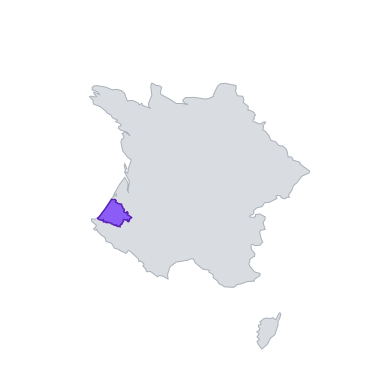 Landes highlighted on a map of France, rotated 24°
{"feature_id": "FRA-5313", "entity_name": "Landes", "entity_type": "Metropolitan department", "adm_level": 1, "iso_a3": "FRA", "parent_name": "France", "parent_adm1": "", "projection": "equal_earth", "projection_center": [-0.514, 44.01], "detail": "fine", "context": "in_parent", "style": "filled", "palette": "violet", "viewbox_px": 384, "rotation_deg": 24, "n_neighbors": 0, "source": "natural_earth", "source_scale": "10m", "svg_char_len": 5576}
<svg xmlns="http://www.w3.org/2000/svg" viewBox="0 0 384 384"><g transform="rotate(24 192 192)"><path d="M283.1,157.1L281.0,158.2L279.7,160.3L278.4,160.8L275.8,160.8L274.5,159.5L271.5,160.4L270.3,161.7L272.2,163.4L266.4,170.4L262.7,172.2L262.0,176.8L257.6,180.2L256.0,183.8L255.9,184.5L257.1,185.7L256.7,188.1L254.4,189.6L254.5,191.1L255.2,191.3L258.7,190.1L260.0,188.7L259.2,186.8L262.7,184.5L269.1,185.0L269.9,188.2L269.2,190.8L274.0,196.5L270.2,199.1L270.0,200.9L274.3,206.6L277.0,209.0L275.8,212.9L271.5,215.4L268.7,215.2L267.6,215.8L267.7,217.0L269.8,220.5L274.6,222.8L275.4,225.5L274.2,226.4L272.2,230.4L273.2,232.4L272.9,233.3L273.4,234.7L274.7,236.0L281.4,239.5L287.3,238.8L288.1,240.8L284.7,246.1L285.0,248.5L283.2,248.5L282.9,249.4L279.3,251.1L273.6,256.5L270.9,258.1L269.9,260.8L268.3,262.4L259.9,265.5L258.2,264.8L254.1,264.9L251.4,262.9L246.4,261.7L244.7,258.8L240.0,258.3L239.7,256.4L233.2,258.1L224.0,255.5L220.7,252.7L218.1,253.5L215.8,256.0L206.1,262.5L202.3,269.3L203.2,277.3L205.5,281.3L199.5,280.6L195.9,281.8L195.0,283.5L186.4,281.5L183.3,283.2L182.4,283.0L181.3,281.4L177.1,279.5L177.7,278.2L177.1,277.0L173.2,276.0L171.8,277.2L170.3,274.9L159.2,271.2L157.5,271.3L156.8,274.9L149.7,274.8L148.6,274.2L144.1,274.9L139.2,271.5L133.8,272.2L130.5,268.7L127.3,268.5L122.7,266.7L120.6,265.8L120.4,264.8L119.0,266.3L117.3,266.0L117.0,265.5L118.1,263.6L118.3,261.4L112.6,259.7L111.2,258.1L111.1,257.3L114.2,256.5L117.0,253.5L119.6,242.3L121.5,229.3L122.9,226.8L124.7,226.1L123.3,224.3L121.6,226.7L122.6,214.8L124.7,205.9L129.4,209.5L130.5,211.1L131.9,216.4L134.5,218.6L132.8,216.5L131.1,209.4L130.0,207.4L122.6,201.5L122.3,200.2L125.6,200.9L124.3,196.5L123.5,187.3L119.0,186.4L111.8,182.5L106.9,175.5L106.3,172.9L107.7,170.1L106.5,168.4L104.4,167.2L106.1,164.8L107.5,164.6L112.7,165.9L108.5,163.7L101.6,164.5L98.9,163.7L98.4,162.0L100.3,159.9L98.0,158.6L94.1,158.9L93.6,158.4L94.8,156.9L93.8,156.3L90.6,156.9L88.8,156.4L87.1,154.7L81.9,154.3L80.7,153.3L73.6,151.4L66.1,151.7L64.1,148.3L59.6,146.7L60.5,145.6L65.1,144.6L66.0,143.6L62.7,142.2L61.6,140.8L67.7,140.5L65.0,139.0L59.1,139.2L58.3,137.1L59.1,135.1L62.6,133.2L71.2,131.2L77.4,131.1L81.8,128.7L86.2,128.1L90.3,129.3L95.8,135.1L100.3,132.5L106.9,132.6L108.3,134.1L110.0,131.4L111.5,133.0L119.6,132.4L117.7,131.4L116.2,128.9L115.9,119.8L111.9,113.2L110.9,110.8L111.1,108.8L115.9,109.1L119.9,108.2L121.8,108.8L122.3,113.1L124.0,115.5L135.0,116.3L141.5,117.6L146.8,115.2L151.9,114.1L152.3,113.6L149.4,113.8L146.7,112.8L146.3,111.7L147.7,108.3L155.4,104.7L166.6,101.6L169.4,99.6L172.7,95.8L172.0,94.9L172.3,84.8L173.9,81.6L178.1,79.2L188.9,76.8L190.4,80.0L190.3,81.8L193.3,84.6L194.7,85.5L199.4,83.9L201.8,86.6L202.5,89.5L208.3,90.7L210.0,94.6L211.1,93.8L214.7,93.9L216.4,94.3L218.7,96.0L218.1,98.3L219.1,99.4L218.2,101.6L218.9,102.5L225.5,102.5L227.5,101.5L228.3,99.4L230.3,98.1L231.0,98.5L229.9,102.5L230.9,103.5L231.4,106.4L233.9,106.6L238.9,108.9L243.1,112.7L248.2,112.1L252.2,114.2L256.3,113.1L260.2,114.3L261.7,115.4L265.5,120.7L268.3,119.7L270.3,120.3L271.0,121.8L278.4,120.9L279.8,122.5L281.4,123.0L290.9,125.0L291.1,127.1L286.0,132.8L284.0,141.1L282.5,143.9L282.0,146.1L282.5,147.5L282.4,149.8L281.5,155.2L282.2,156.8L283.1,157.1ZM323.5,272.0L323.2,275.6L324.7,278.3L325.7,288.7L323.1,293.7L322.9,299.9L319.7,307.2L314.0,303.9L312.2,302.1L313.6,299.3L310.3,297.8L311.0,295.1L310.6,293.8L308.3,293.6L308.1,292.9L309.7,290.8L309.6,289.5L307.4,287.9L306.9,286.5L308.9,284.9L307.9,283.4L306.8,283.1L309.3,278.3L311.2,276.9L315.4,275.6L317.1,273.8L320.0,274.8L320.4,274.3L321.0,266.8L322.0,266.7L322.9,267.7L323.5,272.0ZM122.9,197.0L122.3,199.1L119.4,195.5L119.1,193.5L122.9,197.0Z" fill="#d9dde1" stroke="#a8b0b8" stroke-width="1"/><path d="M116.4,254.1L116.6,253.8L117.1,253.1L117.2,252.3L117.7,250.9L118.5,246.9L118.9,245.5L119.6,242.4L120.8,235.5L121.4,232.1L121.4,231.5L123.4,230.9L124.5,230.1L126.1,230.6L126.3,231.1L126.0,232.2L126.3,232.4L126.6,232.4L127.6,232.2L129.1,232.6L132.1,231.9L132.7,231.9L133.0,232.3L133.1,232.8L133.4,233.1L134.8,233.9L134.9,234.1L135.0,234.5L135.4,234.8L136.6,235.1L137.5,235.8L137.6,236.0L137.4,237.1L137.5,237.5L137.7,237.8L140.3,238.0L140.6,237.7L140.6,236.6L141.0,236.4L142.1,237.3L142.3,237.8L142.3,238.2L142.3,239.1L143.3,239.1L147.0,239.8L147.3,240.0L146.7,240.9L146.2,241.9L145.9,242.2L146.4,243.6L146.2,243.9L146.3,244.5L146.1,245.0L145.8,245.1L145.2,245.0L144.9,245.0L144.8,244.9L144.7,244.8L144.6,244.7L144.6,244.4L144.8,244.2L144.8,243.8L144.7,243.7L144.3,243.5L144.1,243.6L143.9,243.7L143.5,244.0L143.1,244.4L142.9,244.6L142.7,244.6L142.3,244.6L141.6,244.5L141.4,244.6L140.8,245.1L140.6,245.3L140.6,245.5L141.0,245.9L141.1,246.1L141.2,246.4L141.3,246.5L141.3,246.8L141.2,247.2L141.0,247.6L140.9,247.8L140.9,248.0L140.9,248.4L140.9,248.6L140.9,248.8L141.0,248.9L141.1,249.0L141.1,249.3L140.8,250.2L140.6,250.3L140.2,250.4L140.1,250.5L140.2,250.9L140.2,251.1L140.1,251.4L139.9,251.7L139.8,251.9L139.8,252.0L140.1,252.2L140.1,252.3L140.2,252.6L140.4,252.9L139.8,253.0L138.7,253.5L136.7,253.7L136.3,253.6L136.3,253.3L136.4,253.0L136.4,252.9L136.2,252.8L135.9,252.8L134.5,253.9L134.3,254.0L132.2,253.6L131.6,253.8L131.4,253.9L130.5,253.4L130.2,253.3L129.8,253.4L128.7,253.9L127.9,253.9L127.7,253.9L127.5,254.2L127.1,254.0L126.4,253.9L126.4,254.4L126.2,254.7L125.9,254.9L125.6,255.0L125.3,254.9L124.5,254.5L124.1,254.7L123.6,255.1L123.2,255.3L122.8,254.9L122.9,254.1L122.8,253.8L122.2,253.4L122.1,253.7L121.5,254.3L120.7,254.7L120.1,254.8L118.8,254.8L118.2,254.9L117.8,255.0L117.2,254.8L116.4,254.1Z" fill="#8b5cf6" stroke="#5b21b6" stroke-width="1.5"/></g></svg>